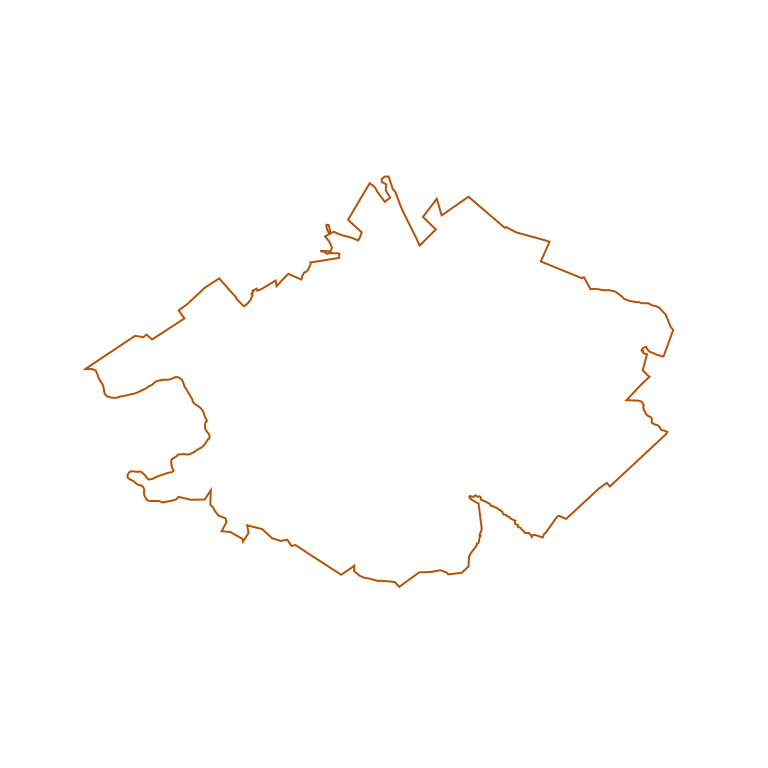 Ixtlahuacán, Colima, Mexico (Albers equal-area conic projection), rotated 115°
{"feature_id": "50627088B68671951504705", "entity_name": "Ixtlahuacán", "entity_type": "district", "adm_level": 2, "iso_a3": "MEX", "parent_name": "Mexico", "parent_adm1": "Colima", "projection": "albers", "projection_center": [-103.676, 18.957], "detail": "fine", "context": "isolated", "style": "outline", "palette": "amber", "viewbox_px": 768, "rotation_deg": 115, "n_neighbors": 0, "source": "geoboundaries", "source_scale": "gbopen_adm2", "svg_char_len": 6130}
<svg xmlns="http://www.w3.org/2000/svg" viewBox="0 0 768 768"><g transform="rotate(115 384 384)"><path d="M211.6,147.8L204.6,155.2L201.9,158.3L198.4,167.4L198.7,171.2L199.5,174.4L199.2,176.9L199.2,178.6L200.1,180.8L201.2,182.9L202.0,185.4L202.0,187.4L203.3,190.1L205.1,197.8L205.3,202.7L204.5,204.4L204.0,206.1L203.0,210.5L202.5,214.0L203.4,217.0L203.6,219.2L205.2,222.3L206.9,227.1L208.1,231.9L210.8,236.9L202.8,247.8L203.3,248.6L204.5,249.4L206.7,293.7L185.2,294.1L185.4,296.9L190.7,328.2L190.2,339.7L191.4,340.6L178.6,386.6L206.8,403.0L202.3,407.0L193.8,414.4L216.2,419.3L222.0,402.3L243.5,410.2L238.0,416.6L225.4,432.5L218.9,440.6L215.9,444.0L205.1,454.9L203.6,458.4L194.1,467.5L195.8,471.1L199.3,472.7L201.9,471.4L202.1,466.3L204.8,465.4L206.4,464.9L207.9,464.2L209.4,461.8L212.5,457.2L218.6,460.3L212.6,471.2L210.4,474.2L209.3,476.4L208.0,481.8L250.4,486.0L256.0,468.3L261.4,467.8L264.8,468.0L265.3,477.0L266.8,483.9L267.2,489.2L267.3,493.7L269.7,496.3L263.3,501.3L264.1,503.4L265.8,502.7L266.2,502.3L268.5,500.5L271.0,496.7L271.1,496.9L275.1,499.8L278.0,494.0L282.4,488.8L286.3,488.5L289.9,497.2L290.4,496.8L290.2,496.5L289.5,494.0L290.2,490.9L288.3,488.5L287.7,487.1L287.2,486.6L287.1,485.9L286.6,484.2L285.3,482.0L284.8,479.4L285.6,479.4L288.6,477.9L304.8,501.7L304.8,501.9L306.9,501.1L309.9,501.1L311.3,501.1L312.7,501.2L314.0,501.4L315.1,502.0L316.8,503.5L320.1,503.7L322.8,503.2L324.3,503.2L324.6,517.3L329.2,519.0L340.8,522.7L336.1,526.0L349.6,535.1L353.0,538.2L351.4,539.7L355.1,542.6L355.6,541.4L358.5,542.2L359.2,540.5L362.8,540.7L363.1,540.4L368.1,541.4L370.5,542.5L372.8,543.9L369.1,553.9L369.0,554.0L368.3,554.1L363.6,565.1L357.9,578.0L372.3,587.0L394.9,596.1L404.1,601.2L408.9,592.6L441.7,613.0L439.6,620.2L443.2,621.8L445.6,630.0L496.3,660.9L496.8,661.1L495.5,658.2L494.5,656.9L494.2,655.6L493.7,654.7L493.9,653.2L493.7,650.8L497.0,647.1L498.5,645.8L499.9,644.2L501.8,641.4L503.4,638.7L506.2,636.3L507.9,635.2L508.8,634.7L510.6,633.2L511.2,632.4L511.7,631.3L512.1,630.5L512.2,629.1L511.8,626.9L511.7,625.7L510.4,622.3L509.4,620.3L508.2,619.1L506.7,617.8L505.3,615.1L503.9,613.7L503.1,612.4L500.1,608.9L499.1,607.4L497.2,605.0L488.6,597.9L485.2,595.9L483.1,594.1L479.7,592.6L477.5,591.2L476.0,589.5L473.4,585.7L471.5,581.8L470.4,580.0L467.7,577.4L466.5,576.7L465.0,574.2L464.9,572.8L465.4,569.4L466.6,567.7L467.5,566.7L469.0,565.1L470.7,563.7L472.3,560.9L474.1,558.4L475.8,555.7L479.2,550.9L480.6,550.1L481.4,548.8L482.1,547.2L482.6,542.9L483.2,540.6L483.8,538.9L485.5,536.1L489.3,532.5L491.7,529.5L492.5,528.8L493.0,528.9L493.5,529.4L494.7,529.5L497.1,528.9L498.0,528.2L499.7,527.4L501.1,526.0L503.3,521.8L504.2,520.6L505.5,519.8L506.9,519.3L508.1,519.5L508.4,520.1L511.7,520.6L513.3,520.7L514.9,521.1L516.7,521.6L519.1,522.9L520.9,524.3L526.3,527.7L528.7,529.5L529.9,530.7L531.0,532.2L532.0,535.5L532.8,537.1L533.9,538.8L534.3,539.9L534.8,540.6L535.3,541.0L536.3,541.2L539.5,542.8L540.9,543.9L542.1,544.4L542.8,544.5L544.1,544.2L546.5,542.8L549.0,541.0L550.3,539.6L551.3,538.1L551.7,538.1L552.5,538.4L553.4,538.9L554.7,540.5L555.1,541.2L555.7,542.1L562.6,549.3L564.2,550.8L565.1,551.5L565.7,552.2L566.5,552.6L567.6,553.5L569.6,556.2L570.0,557.2L569.0,560.1L567.6,562.1L567.1,564.2L566.3,566.7L566.6,568.7L567.6,569.9L568.4,571.7L569.1,574.5L570.1,576.3L570.8,577.1L572.0,577.7L573.1,577.9L574.3,577.9L576.2,577.6L577.2,576.5L577.7,574.2L578.0,569.5L578.7,567.4L579.1,565.5L579.2,564.2L579.2,563.2L578.8,562.2L578.5,560.1L579.9,557.8L581.3,556.5L582.9,555.9L583.6,555.9L586.6,553.8L589.4,549.8L589.0,546.8L585.2,538.6L584.8,534.2L581.9,530.5L579.7,527.2L576.2,523.4L573.1,522.6L570.6,510.3L564.5,497.7L553.5,496.1L566.8,490.4L568.5,486.1L570.2,484.1L573.2,478.6L572.7,471.0L575.6,468.4L586.0,468.9L583.1,460.7L584.2,447.0L586.5,445.2L576.3,443.8L569.9,448.3L567.0,433.1L571.1,420.2L569.9,411.3L566.0,405.8L569.9,399.4L567.4,396.2L571.5,367.6L575.0,342.2L562.9,335.0L561.2,334.1L566.2,332.0L568.1,324.9L568.0,321.2L567.8,319.2L566.8,316.3L564.9,305.4L563.8,304.6L562.8,300.6L562.0,299.7L560.0,293.9L559.0,290.4L561.4,284.4L554.5,280.7L539.7,272.4L536.9,266.5L534.2,261.6L529.0,254.2L528.4,247.2L529.4,245.4L522.3,233.8L513.7,230.3L505.0,233.8L501.0,233.9L492.0,231.9L489.4,232.3L489.4,231.8L488.5,231.3L487.0,231.3L482.1,232.7L480.8,232.2L480.5,233.5L478.3,233.8L476.7,233.7L474.0,234.2L452.3,247.8L452.4,250.7L451.5,257.3L450.9,257.5L450.8,258.2L450.3,259.0L449.9,259.0L449.3,258.8L449.1,258.3L448.7,255.9L448.2,254.8L446.8,254.5L446.2,254.0L446.3,252.8L446.7,251.6L446.3,250.8L445.6,250.4L445.5,249.5L445.9,248.3L447.1,247.6L447.9,247.3L447.7,245.2L447.8,243.1L447.6,241.9L447.9,239.3L447.9,237.9L448.4,236.5L449.2,235.9L449.3,234.8L448.8,234.0L448.7,228.9L449.2,227.7L449.3,226.8L449.3,226.3L449.0,225.5L449.7,224.3L449.8,223.6L449.7,223.3L449.7,222.9L449.9,222.6L451.7,220.9L451.7,220.5L451.2,218.8L451.1,218.2L451.3,217.7L451.7,217.2L451.6,214.3L452.5,212.2L452.5,207.0L454.1,206.9L455.4,206.0L455.3,203.1L456.8,202.5L456.7,199.8L459.4,193.0L457.8,190.2L458.3,188.1L460.2,185.5L457.8,185.1L456.9,182.8L456.0,175.3L452.2,175.5L450.1,174.5L431.5,171.1L429.5,169.8L429.5,168.2L429.3,161.9L388.0,145.1L379.4,140.3L381.4,136.0L310.0,107.1L307.7,106.9L307.7,110.0L307.9,110.6L308.2,111.8L308.3,113.5L308.1,114.2L307.2,114.8L306.5,116.0L306.3,116.9L305.9,117.5L305.7,118.3L305.7,119.2L306.1,120.1L306.2,122.7L306.1,123.9L305.9,124.2L305.9,124.8L305.0,125.6L303.9,125.7L303.6,125.8L303.3,126.1L302.4,126.6L301.4,127.7L301.2,129.0L301.2,129.3L301.4,130.1L301.4,131.0L300.9,132.2L300.9,133.4L300.3,134.2L299.2,135.2L298.6,136.0L297.9,137.2L296.7,138.4L295.5,139.3L294.5,139.5L293.7,139.4L292.7,140.5L291.1,143.0L291.7,147.0L293.0,149.7L296.2,157.4L287.2,154.4L279.7,152.0L274.4,150.1L265.3,146.4L264.6,149.0L262.3,155.3L245.9,158.2L246.3,160.2L246.3,160.8L246.1,162.9L245.3,163.0L245.1,162.8L244.5,163.0L244.4,163.2L244.8,164.7L244.3,164.8L241.9,164.4L241.0,163.6L239.5,162.1L240.2,161.3L241.3,159.9L242.0,158.3L242.6,156.1L242.2,153.7L242.2,151.6L242.3,149.8L242.1,149.0L242.0,148.3L241.7,146.7L241.6,143.8L240.8,142.3L212.8,144.7L212.0,146.2L211.6,147.8Z" fill="none" stroke="#b45309" stroke-width="2"/></g></svg>